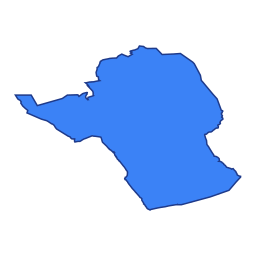 the district of Rendalen nor, Hedmark, Norway
{"feature_id": "86288312B88288048958724", "entity_name": "Rendalen nor", "entity_type": "district", "adm_level": 2, "iso_a3": "NOR", "parent_name": "Norway", "parent_adm1": "Hedmark", "projection": "natural_earth1", "projection_center": [11.219, 61.807], "detail": "fine", "context": "isolated", "style": "filled", "palette": "blue", "viewbox_px": 256, "rotation_deg": 0, "n_neighbors": 0, "source": "geoboundaries", "source_scale": "gbopen_adm2", "svg_char_len": 5337}
<svg xmlns="http://www.w3.org/2000/svg" viewBox="0 0 256 256"><path d="M139.4,46.0L137.9,48.7L134.4,50.1L133.5,50.2L130.6,51.0L130.3,51.1L130.1,51.3L130.2,51.5L131.4,52.2L131.8,52.3L131.5,52.8L130.8,53.1L130.6,53.2L132.2,54.3L128.1,56.7L124.0,55.1L121.8,54.1L118.5,55.9L118.3,56.2L118.2,56.2L118.0,56.4L117.9,56.4L117.8,56.5L117.7,56.7L117.5,56.9L117.5,57.0L116.9,57.6L116.8,57.8L116.6,58.0L112.1,58.2L111.3,58.3L109.8,58.4L107.8,58.9L105.6,59.3L103.2,59.8L102.6,60.0L101.4,60.8L100.8,61.1L100.6,61.2L100.5,61.3L100.6,61.5L100.4,61.6L100.3,61.9L100.2,61.9L100.1,62.2L100.1,62.3L99.9,62.6L100.0,63.0L98.4,66.7L97.1,67.5L97.1,68.3L97.1,69.3L96.1,72.4L96.3,73.9L96.7,76.1L98.4,77.0L98.6,79.7L99.8,80.6L95.9,81.3L93.6,81.8L91.5,81.9L91.3,81.9L91.3,82.0L90.7,82.1L89.7,82.0L86.1,82.8L85.5,82.8L87.8,84.9L88.6,86.0L87.8,86.0L91.8,90.2L92.2,90.7L92.7,91.1L92.9,91.9L93.2,92.7L93.3,93.1L93.2,93.2L93.2,93.3L93.1,93.9L93.1,94.0L93.3,95.4L93.5,95.6L92.8,95.9L91.9,96.2L91.2,96.5L90.3,96.6L89.9,96.8L88.8,97.2L88.1,97.3L87.9,98.0L87.8,98.7L87.8,98.8L87.8,99.0L87.9,99.3L88.1,99.6L87.9,99.6L87.6,99.7L87.2,99.2L86.9,98.8L86.6,98.6L86.3,98.4L85.8,97.6L85.6,97.1L85.6,96.6L85.7,96.2L86.6,94.5L87.0,94.2L86.9,93.8L86.9,93.5L87.0,93.3L87.1,93.1L87.3,92.9L87.3,92.6L86.8,92.5L83.9,93.2L83.2,93.5L82.5,93.7L82.2,94.0L79.0,96.4L78.6,95.8L78.3,95.5L78.2,95.1L77.4,94.8L67.3,95.1L62.3,98.5L37.3,105.6L31.2,95.1L15.4,95.1L17.7,98.8L18.3,99.4L20.1,100.3L21.2,101.9L20.8,103.1L22.7,106.0L25.4,108.5L27.8,110.4L27.0,112.9L41.3,119.1L46.7,120.7L48.3,121.6L51.7,123.9L52.5,124.0L54.1,125.3L55.4,127.5L56.6,129.0L67.1,135.5L68.0,136.1L70.0,136.8L70.5,137.6L71.1,138.3L71.9,138.9L74.7,138.9L74.7,139.2L74.6,139.5L74.4,139.9L74.5,140.2L74.6,140.9L74.6,141.6L74.7,141.8L74.9,142.0L77.9,141.4L79.9,141.4L80.8,140.9L82.6,139.7L84.1,138.9L85.4,138.5L92.1,135.8L93.4,136.1L95.6,136.3L99.7,136.9L100.9,137.2L101.6,139.1L102.1,141.0L102.5,142.2L106.6,146.1L108.8,148.7L109.0,148.7L108.9,148.7L109.0,148.7L109.0,148.8L108.9,148.8L109.0,148.8L109.1,149.0L109.6,149.4L109.7,149.6L110.0,149.7L110.4,149.8L110.5,150.0L110.8,150.2L111.1,150.3L111.3,150.6L111.4,150.8L111.8,151.0L112.4,151.6L112.8,151.8L113.1,151.8L113.2,152.0L113.3,152.1L113.6,152.0L113.5,152.3L113.7,152.6L114.0,152.7L113.8,152.8L114.0,152.9L114.1,153.2L114.6,154.0L114.7,154.6L114.8,155.0L115.9,156.7L116.1,156.5L116.5,157.1L116.6,157.3L116.6,157.6L116.9,158.0L117.0,158.4L117.4,159.1L117.5,159.2L118.4,159.9L118.6,160.3L118.8,160.3L119.0,160.6L119.1,161.0L119.8,161.3L119.8,161.5L120.0,161.6L120.4,162.2L120.9,162.8L121.0,163.0L121.7,163.8L121.9,164.1L123.4,166.0L124.2,166.9L124.3,167.0L124.5,167.3L124.7,167.7L125.1,168.2L125.5,168.6L125.7,169.3L125.9,169.5L126.1,169.9L127.3,171.4L127.5,171.9L127.6,172.2L127.5,172.3L127.4,172.5L127.4,173.2L127.5,173.7L127.3,174.2L127.4,174.5L127.3,175.1L127.3,175.4L127.1,175.8L126.8,176.1L126.5,176.4L125.9,177.2L125.5,177.5L125.2,177.5L125.2,177.8L125.2,178.1L124.7,178.6L124.8,179.0L125.0,179.4L125.2,179.7L125.4,179.8L125.8,179.8L126.3,180.1L126.4,180.4L126.6,180.7L126.6,180.8L126.8,181.0L127.6,181.9L127.7,182.1L127.8,182.6L128.1,182.9L128.4,183.3L128.7,183.6L128.8,184.0L130.5,186.1L132.2,188.4L134.6,191.0L135.7,192.4L136.2,192.7L136.3,193.0L138.7,195.7L139.4,196.5L140.0,197.4L141.5,198.3L141.8,198.6L141.8,199.4L141.8,199.9L141.8,200.1L141.9,200.4L143.8,203.4L143.6,203.9L144.2,204.4L144.9,205.0L145.4,206.0L145.7,206.3L145.9,206.4L145.9,206.6L146.2,207.0L146.4,207.3L146.6,207.6L147.1,208.4L147.7,208.9L149.3,209.6L149.8,209.9L150.1,210.0L150.7,209.5L157.4,208.0L160.6,207.4L165.3,206.7L168.7,205.9L169.8,205.7L176.0,204.7L177.3,204.7L177.6,204.4L177.9,204.7L181.4,204.7L210.2,196.9L227.6,190.8L229.0,190.3L236.0,182.1L240.6,177.1L240.6,176.3L239.9,176.2L239.4,176.1L238.3,175.5L237.6,175.2L237.2,174.9L237.1,174.4L236.8,173.4L236.3,172.8L236.1,172.3L236.0,172.2L235.8,171.5L234.3,170.1L233.1,168.6L231.6,169.1L231.0,168.6L226.5,167.2L225.4,165.5L223.9,164.5L223.6,163.6L222.0,162.6L221.8,162.1L220.1,161.4L218.9,161.3L219.5,160.8L219.1,158.6L217.7,157.3L215.9,156.4L214.1,156.2L213.7,154.9L212.3,152.9L209.1,147.7L208.7,146.9L206.9,144.5L206.8,143.6L206.5,140.4L205.7,138.5L205.4,137.6L204.9,135.8L204.7,135.1L204.6,134.9L204.7,134.7L205.1,134.2L206.0,134.3L206.7,133.9L207.5,133.1L207.9,132.8L208.1,132.5L208.3,132.4L209.4,132.0L210.7,132.0L211.4,131.8L211.8,131.5L212.1,131.3L212.4,131.1L212.9,130.5L213.6,130.0L214.0,129.8L214.4,129.4L214.9,129.0L215.8,128.4L216.2,128.1L217.1,128.1L217.6,128.0L217.9,128.0L218.2,127.8L218.2,127.7L218.2,127.4L218.4,126.9L218.4,126.7L218.3,126.3L217.9,125.7L217.8,125.4L217.9,125.0L218.1,124.9L218.7,124.6L219.1,124.6L219.5,124.4L220.2,123.7L220.4,123.4L220.4,123.2L219.9,122.6L220.1,122.3L220.2,121.9L220.7,120.8L221.4,120.3L221.8,120.0L222.1,119.7L222.7,119.4L222.9,119.1L222.9,118.7L222.7,118.4L222.6,117.9L222.4,117.7L221.8,117.4L221.6,117.1L221.9,116.6L222.1,116.5L222.3,116.2L222.4,115.7L222.0,115.3L221.9,115.0L221.5,114.3L221.5,114.1L221.5,113.7L221.7,113.4L221.5,113.1L222.1,112.5L222.2,112.4L222.2,112.0L222.3,111.9L222.4,111.7L222.7,111.3L222.8,111.1L222.7,111.0L222.5,110.7L221.3,110.3L217.1,98.9L212.9,94.2L202.9,82.2L201.3,80.4L200.4,75.3L194.3,63.8L192.7,62.1L180.4,53.5L173.7,54.0L162.1,54.5L156.2,48.4L147.3,48.5L145.4,47.9L143.6,46.5L139.4,46.0Z" fill="#3b82f6" stroke="#1e3a8a" stroke-width="1.5"/></svg>